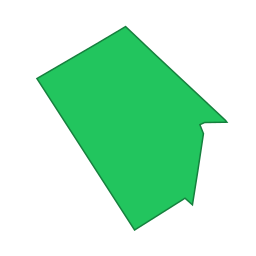 Wilson, Texas, United States of America (Robinson projection), rotated 98°
{"feature_id": "52423323B14345052331851", "entity_name": "Wilson", "entity_type": "district", "adm_level": 2, "iso_a3": "USA", "parent_name": "United States of America", "parent_adm1": "Texas", "projection": "robinson", "projection_center": [-98.109, 29.162], "detail": "fine", "context": "isolated", "style": "filled", "palette": "green", "viewbox_px": 256, "rotation_deg": 98, "n_neighbors": 0, "source": "geoboundaries", "source_scale": "gbopen_adm2", "svg_char_len": 337}
<svg xmlns="http://www.w3.org/2000/svg" viewBox="0 0 256 256"><g transform="rotate(98 128 128)"><path d="M27.9,144.5L50.4,172.6L91.7,225.1L149.4,175.2L228.1,107.3L189.6,61.8L195.1,53.5L161.0,52.9L123.1,52.5L114.7,57.3L111.9,52.9L108.5,30.9L106.9,32.5L51.5,111.4L27.9,144.5Z" fill="#22c55e" stroke="#15803d" stroke-width="1.5"/></g></svg>